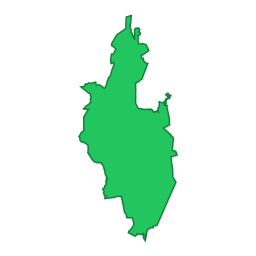 Malinalco, México, Mexico
{"feature_id": "50627088B13074792660902", "entity_name": "Malinalco", "entity_type": "district", "adm_level": 2, "iso_a3": "MEX", "parent_name": "Mexico", "parent_adm1": "México", "projection": "albers", "projection_center": [-99.486, 18.894], "detail": "fine", "context": "isolated", "style": "filled", "palette": "green", "viewbox_px": 256, "rotation_deg": 0, "n_neighbors": 0, "source": "geoboundaries", "source_scale": "gbopen_adm2", "svg_char_len": 5767}
<svg xmlns="http://www.w3.org/2000/svg" viewBox="0 0 256 256"><path d="M131.4,15.4L130.9,15.4L130.6,15.6L130.5,15.9L130.0,15.9L126.3,17.1L125.9,23.9L125.9,28.5L116.8,34.9L111.7,43.5L111.5,45.3L112.2,46.2L113.5,46.6L113.7,47.0L115.9,49.0L115.5,49.9L114.9,50.7L114.8,51.0L114.3,52.1L114.2,52.7L113.2,53.9L112.8,54.3L112.7,54.2L112.5,54.3L112.3,54.2L111.9,54.3L111.5,54.1L111.2,55.9L111.2,56.7L111.1,57.1L110.8,58.2L110.7,59.6L110.8,59.7L110.6,60.1L110.9,61.1L110.7,61.5L110.9,61.8L110.7,62.6L111.0,62.7L111.3,63.6L113.8,62.6L114.1,63.7L113.4,66.4L111.6,70.9L111.6,72.1L111.1,72.5L111.1,73.9L110.3,75.9L109.1,77.0L108.8,77.7L108.1,78.5L108.4,79.2L107.1,81.4L106.7,84.1L105.1,88.0L103.8,87.9L99.8,85.0L96.1,84.9L95.7,82.1L92.6,82.9L91.5,83.1L90.4,83.5L89.5,83.0L89.0,83.0L88.4,83.1L87.3,84.0L86.5,84.2L86.1,84.2L85.8,83.9L85.5,84.0L85.0,84.7L84.8,85.1L84.9,85.3L84.7,85.6L83.0,87.4L82.8,87.4L82.6,87.1L82.6,86.9L82.3,86.8L81.9,86.9L81.8,86.7L80.9,86.8L88.5,93.0L90.1,93.9L91.0,97.0L90.2,99.9L91.1,102.0L89.8,102.8L88.9,104.3L86.8,105.5L85.4,106.5L84.6,108.1L84.3,108.4L83.6,108.4L83.4,108.6L83.4,108.9L84.1,109.0L88.2,109.3L83.7,117.1L83.7,130.6L82.6,131.8L81.6,132.1L78.9,136.7L79.9,137.5L79.9,139.6L80.1,140.7L80.3,140.9L82.0,142.2L82.4,142.1L83.2,142.3L84.4,142.5L85.4,143.4L85.9,143.4L86.4,143.8L86.6,144.2L87.1,144.3L88.0,145.4L88.1,145.9L88.0,146.1L88.2,146.7L88.2,147.7L88.1,148.3L88.1,151.3L87.8,152.6L88.3,153.4L88.5,153.4L88.5,153.8L88.9,153.9L89.1,154.5L89.2,155.2L89.6,155.4L90.0,156.2L90.6,156.4L90.7,157.1L91.6,158.3L91.5,158.7L91.7,158.8L92.0,159.4L92.5,160.0L93.6,160.7L93.7,161.3L94.0,161.3L94.4,161.9L97.8,162.9L98.6,162.5L99.6,162.4L100.2,162.9L100.6,162.8L101.1,162.9L101.2,163.5L101.9,164.1L102.1,164.0L102.3,164.1L102.7,164.6L103.1,166.0L103.7,167.2L103.7,168.1L104.1,168.3L104.2,169.1L104.6,169.8L104.4,170.4L104.6,170.7L104.9,170.8L105.0,172.9L105.4,174.6L105.7,175.5L106.1,175.9L106.3,176.4L106.4,177.2L106.9,177.7L107.1,178.0L107.1,178.3L106.6,178.4L106.5,178.5L106.5,178.8L106.8,179.0L107.2,179.4L107.1,179.8L106.2,180.0L106.0,180.3L106.2,180.6L106.1,180.9L105.9,181.3L105.9,181.8L106.1,182.5L106.4,182.6L106.5,182.9L106.1,183.3L106.0,183.7L106.0,184.3L105.6,185.1L104.8,186.0L104.6,186.6L104.6,187.3L104.4,187.7L103.9,188.1L103.0,188.4L103.0,189.9L103.2,190.5L104.2,191.4L104.0,192.2L103.5,192.8L103.4,193.1L104.0,193.8L104.2,194.3L104.2,195.2L104.7,195.9L105.6,196.2L106.0,196.1L105.8,196.4L105.9,196.5L105.2,197.2L104.8,198.5L112.9,197.6L117.3,196.5L121.3,196.3L121.7,196.4L121.3,197.4L122.3,200.5L123.6,207.3L124.5,212.5L125.7,213.5L126.3,214.7L126.4,216.2L126.7,216.3L126.7,217.6L132.4,217.9L133.4,222.0L133.8,222.8L133.8,224.0L133.3,225.8L131.5,228.5L130.0,230.3L129.2,230.7L128.4,232.7L135.0,236.2L137.0,234.8L137.0,234.3L137.2,234.2L137.2,233.6L140.6,234.6L140.9,234.4L142.2,234.1L143.3,233.6L143.0,235.6L143.2,236.2L144.2,237.0L143.6,237.7L143.5,238.0L145.3,240.6L146.2,235.5L145.7,235.7L145.8,236.4L145.6,235.9L145.3,235.6L145.2,234.8L145.6,234.7L145.5,234.4L145.7,234.1L146.3,234.3L147.4,229.8L148.3,229.1L149.3,228.8L149.7,228.3L150.7,227.6L151.6,227.8L152.6,227.4L153.3,227.7L153.3,227.0L153.1,226.2L154.5,225.7L156.9,225.5L176.0,182.1L174.9,180.9L175.0,180.4L172.8,177.1L172.6,169.3L171.2,160.2L171.1,156.8L172.4,156.6L174.3,155.8L176.3,155.5L176.8,155.3L177.1,154.8L177.0,154.5L176.8,154.1L176.0,153.5L176.4,152.6L175.8,151.6L174.5,150.8L172.1,150.4L172.5,147.7L173.0,141.4L173.4,141.0L173.3,140.7L173.4,139.1L173.2,137.5L171.3,136.4L171.4,135.7L171.0,134.9L163.4,128.1L169.7,124.8L169.3,121.9L169.5,120.0L169.0,116.7L166.8,106.9L167.3,105.7L167.1,105.6L167.0,105.4L166.7,105.4L166.5,105.2L165.8,105.3L165.2,105.2L165.2,105.5L164.6,105.4L164.7,105.1L164.4,104.3L164.4,104.0L164.4,103.7L164.7,103.8L165.3,103.7L165.5,103.9L165.9,103.7L166.1,103.5L166.1,102.7L165.9,102.4L166.1,102.1L166.0,101.6L165.8,101.4L165.5,101.4L167.1,99.2L167.9,98.6L168.7,98.7L168.9,98.2L169.7,98.1L169.9,97.6L169.3,97.3L169.2,97.2L169.4,97.0L169.5,97.1L169.6,96.6L169.8,96.2L170.4,95.9L170.9,95.8L170.8,95.3L170.3,95.3L169.8,95.7L169.2,95.9L168.8,94.3L168.2,93.4L167.2,93.4L165.8,94.6L166.3,95.5L167.1,95.6L167.4,95.8L167.5,96.6L168.1,97.0L168.3,97.3L168.3,97.8L167.7,98.0L167.0,98.5L166.6,98.6L165.8,99.2L165.5,99.9L165.5,100.3L165.2,101.1L164.9,101.0L164.3,101.8L163.3,102.5L162.4,102.8L161.1,102.4L159.3,101.7L159.2,101.7L159.2,106.9L158.0,108.1L158.2,111.9L157.7,111.2L157.4,110.6L157.2,110.5L155.7,111.7L154.5,112.2L154.4,111.8L154.1,111.6L153.2,112.1L152.8,111.7L152.7,110.5L152.2,110.2L151.7,109.3L151.1,109.1L150.2,109.5L149.9,109.5L149.8,109.9L149.0,109.7L149.4,109.3L148.8,109.1L147.3,109.2L146.7,109.5L146.1,109.5L143.1,109.2L142.7,109.1L142.3,109.1L141.7,109.3L141.4,109.1L141.2,108.7L139.7,108.6L138.0,108.0L137.6,107.6L137.3,107.1L136.8,105.5L135.9,103.8L135.5,102.5L135.7,96.5L135.6,92.0L135.8,89.8L135.6,87.4L135.7,85.2L135.5,84.7L135.7,83.9L135.6,83.7L136.0,83.2L135.9,83.1L136.2,83.0L136.3,82.5L136.7,82.3L137.0,82.3L137.2,82.0L137.6,81.9L137.8,81.7L138.5,81.9L139.8,80.4L141.8,79.2L147.8,63.4L145.7,62.9L143.4,60.8L143.7,60.7L143.3,58.3L141.5,57.9L141.4,55.6L141.5,55.7L148.9,50.6L146.3,45.0L145.9,44.8L145.4,44.4L144.3,44.3L143.7,43.9L142.5,43.5L142.3,43.5L141.6,43.7L141.2,44.0L140.6,44.1L138.4,43.8L138.6,42.4L138.2,41.2L137.7,40.5L138.3,38.5L137.7,35.8L138.9,35.5L139.3,35.2L139.7,34.7L140.2,34.2L140.4,33.5L140.4,33.1L139.8,32.5L139.4,32.4L139.3,32.1L138.9,31.8L139.3,31.2L139.4,30.4L139.7,29.7L139.7,29.4L139.3,28.7L138.5,27.9L138.0,28.2L137.7,28.2L137.3,28.3L136.1,28.1L134.7,29.3L134.5,29.7L134.6,31.1L134.8,32.1L134.6,33.5L134.7,34.8L134.5,35.7L134.5,37.2L134.8,38.8L134.7,39.0L134.3,39.1L131.7,32.7L131.0,32.0L131.1,29.5L129.9,27.5L130.7,23.0L130.9,19.3L131.4,15.4Z" fill="#22c55e" stroke="#15803d" stroke-width="1.5"/></svg>